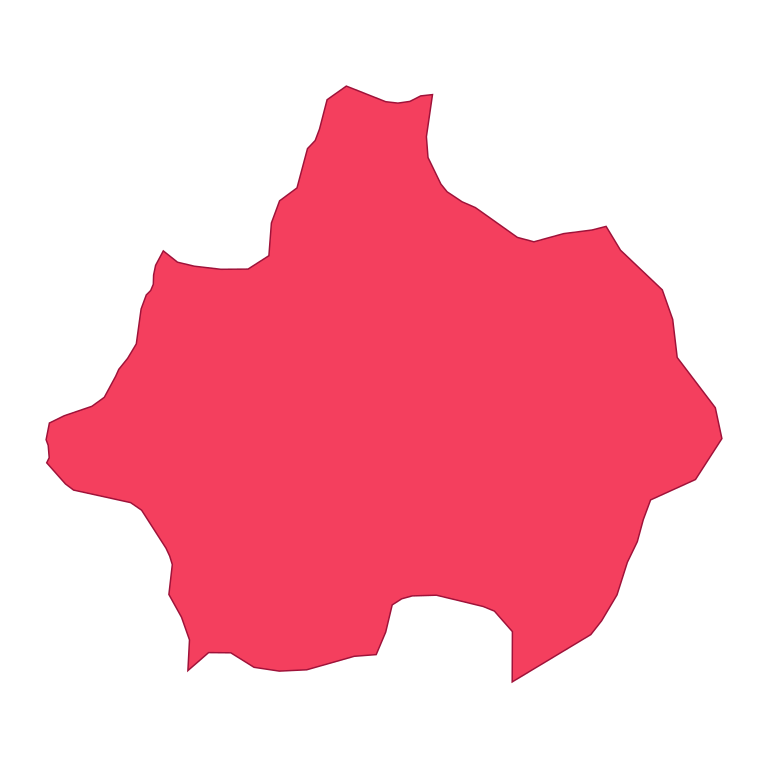 SVG path tracing the border of Kütahya
{"feature_id": "TUR-2276", "entity_name": "Kütahya", "entity_type": "Province", "adm_level": 1, "iso_a3": "TUR", "parent_name": "Turkey", "parent_adm1": "", "projection": "mercator", "projection_center": [29.429, 39.315], "detail": "fine", "context": "isolated", "style": "filled", "palette": "rose", "viewbox_px": 768, "rotation_deg": 0, "n_neighbors": 0, "source": "natural_earth", "source_scale": "10m", "svg_char_len": 1198}
<svg xmlns="http://www.w3.org/2000/svg" viewBox="0 0 768 768"><path d="M432.5,94.6L426.4,136.7L428.0,157.5L440.9,184.1L447.1,191.8L462.1,201.8L475.4,207.6L517.4,237.4L533.9,241.8L563.7,233.6L592.0,230.0L606.1,226.4L620.5,250.2L662.3,289.9L672.7,319.4L677.2,357.5L715.3,407.7L721.9,438.6L695.5,479.5L650.6,499.9L643.3,519.6L637.3,541.7L627.4,562.2L617.0,594.9L601.6,620.8L590.8,634.6L512.2,681.9L512.4,631.6L494.4,611.1L483.2,606.5L436.4,595.2L412.2,595.9L401.7,598.8L392.2,604.9L385.7,632.1L376.2,654.6L354.2,656.3L306.7,669.8L279.3,671.1L254.0,667.3L230.8,652.8L208.6,652.6L187.9,670.6L189.5,639.9L181.5,617.2L168.9,594.5L172.3,564.6L169.7,556.1L166.0,548.2L141.6,510.2L130.6,502.6L73.6,490.1L65.5,484.0L46.7,462.8L49.2,457.7L48.2,445.4L46.1,439.7L49.4,423.0L64.3,415.7L91.9,406.3L104.3,397.3L115.7,376.2L118.8,369.3L127.6,358.4L136.3,343.9L141.1,309.0L146.3,294.9L150.7,290.5L153.3,284.3L153.6,275.0L155.6,265.3L163.3,250.9L177.5,262.2L194.3,266.2L220.9,269.3L248.0,269.1L268.9,255.7L271.4,223.0L279.6,200.8L297.0,187.9L307.5,148.6L315.2,140.5L319.5,129.1L327.1,99.7L346.3,86.1L385.7,101.7L397.9,103.1L409.9,101.4L420.7,95.9L432.5,94.6Z" fill="#f43f5e" stroke="#9f1239" stroke-width="1.5"/></svg>